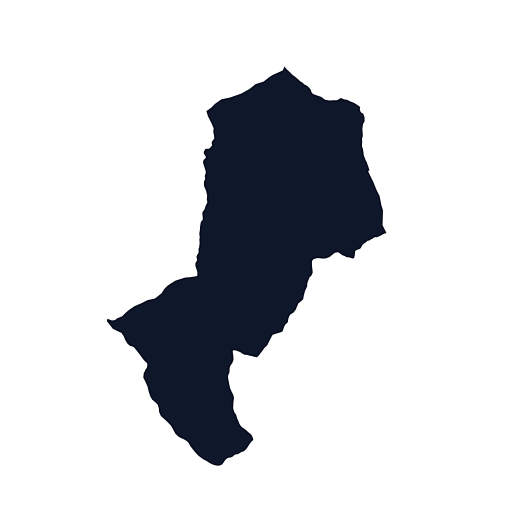 outline of Jaray, Lhuntshi, Bhutan, rotated 141°
{"feature_id": "84629894B50145764455889", "entity_name": "Jaray", "entity_type": "district", "adm_level": 2, "iso_a3": "BTN", "parent_name": "Bhutan", "parent_adm1": "Lhuntshi", "projection": "equal_earth", "projection_center": [91.09, 27.454], "detail": "fine", "context": "isolated", "style": "filled", "palette": "ink", "viewbox_px": 512, "rotation_deg": 141, "n_neighbors": 0, "source": "geoboundaries", "source_scale": "gbopen_adm2", "svg_char_len": 5630}
<svg xmlns="http://www.w3.org/2000/svg" viewBox="0 0 512 512"><g transform="rotate(141 256 256)"><path d="M416.6,117.2L415.4,116.6L414.5,116.3L413.6,116.2L412.7,116.3L411.6,116.6L410.8,116.8L409.6,117.2L408.7,117.5L407.7,117.7L406.7,117.7L406.1,117.7L405.1,117.6L404.5,117.4L403.6,117.0L401.8,115.9L400.6,115.6L399.9,115.6L399.0,115.6L398.3,115.7L397.0,115.6L396.2,115.2L395.1,114.4L394.4,114.2L393.5,113.9L392.1,113.8L390.4,113.6L389.3,113.1L388.5,112.7L387.8,112.7L386.9,112.7L384.6,113.0L381.7,113.9L379.8,114.6L377.7,115.1L375.3,115.5L374.3,115.4L373.6,117.1L373.3,117.9L373.0,119.0L373.0,120.4L373.0,121.1L373.2,122.0L373.5,123.1L373.6,124.2L373.9,125.7L374.1,126.7L374.3,128.0L374.6,129.0L375.1,130.4L375.3,131.4L375.5,132.7L375.5,133.8L375.4,135.2L375.2,136.1L375.0,137.0L374.6,137.9L374.4,138.6L374.2,139.3L373.9,140.7L373.7,141.6L373.4,142.3L373.0,143.2L372.7,143.9L372.4,144.6L372.1,145.4L372.0,146.6L372.1,147.3L371.7,148.7L371.3,149.9L370.9,151.2L369.8,153.0L366.0,157.2L363.6,159.4L362.4,161.1L361.6,163.4L361.0,166.1L360.6,167.8L360.0,169.9L358.4,173.1L355.6,178.3L354.2,180.5L352.3,182.0L350.9,182.5L349.2,184.1L348.1,185.4L347.0,186.6L345.7,187.3L344.6,187.8L342.3,188.4L340.8,189.1L339.1,190.3L337.0,193.3L334.8,196.9L334.0,197.7L332.9,197.7L331.9,197.3L330.1,195.2L327.9,191.2L327.4,189.2L326.2,186.6L324.7,185.5L322.9,182.7L321.5,181.3L320.5,179.7L318.7,177.5L316.8,177.6L313.2,178.5L310.8,179.0L307.7,180.0L305.6,180.1L303.3,180.4L300.9,181.6L298.2,182.8L294.8,184.3L292.7,185.1L291.6,184.7L288.9,183.7L286.8,182.8L284.6,181.9L283.0,181.5L280.6,183.0L278.8,184.1L276.6,185.0L274.8,185.1L273.1,185.3L271.9,186.6L270.4,187.8L268.3,189.0L266.3,189.7L264.6,189.5L262.7,189.2L259.2,190.0L256.1,191.7L253.1,193.3L251.0,193.3L249.2,193.3L247.4,193.3L246.1,194.0L244.5,195.6L240.0,198.8L235.9,200.8L233.8,203.1L231.2,204.8L227.8,206.5L225.3,206.7L222.9,208.0L221.2,210.5L219.6,213.2L217.1,216.4L215.8,217.7L214.6,217.9L212.9,218.1L211.6,217.5L209.9,216.7L208.4,215.8L205.5,212.8L203.0,210.9L200.3,210.0L199.3,209.7L197.2,209.7L194.0,209.7L192.7,209.7L190.8,208.8L189.8,208.1L188.9,207.3L188.3,204.8L187.7,202.5L186.3,200.5L185.9,198.8L184.8,197.7L183.7,196.6L182.8,195.1L181.9,193.8L181.3,193.5L180.7,193.9L179.6,194.7L178.7,195.6L177.1,197.2L176.2,198.1L174.0,198.2L170.6,196.9L169.6,197.1L167.5,197.9L166.0,198.5L163.9,198.4L161.2,198.3L159.3,198.3L157.8,197.4L157.0,197.4L155.5,197.2L154.5,196.9L153.1,196.9L151.1,196.4L150.1,195.3L148.0,194.6L144.7,193.9L142.9,193.6L140.7,192.8L139.0,200.6L129.4,211.8L126.9,217.7L122.9,225.1L121.6,231.3L119.0,239.9L116.1,252.3L114.4,252.0L113.1,255.2L112.2,258.0L111.7,259.2L111.3,261.5L110.2,264.7L109.6,266.7L108.9,267.8L107.7,269.7L106.2,272.3L105.2,275.2L102.6,277.9L100.4,280.9L98.0,282.6L96.0,285.3L94.1,288.2L92.2,290.0L90.1,291.9L87.4,292.9L85.0,295.9L83.9,299.1L84.7,300.7L84.7,302.4L84.1,304.2L83.2,305.6L82.2,306.5L82.5,308.2L83.6,311.4L84.2,313.2L85.9,316.0L86.6,317.6L87.8,320.0L89.7,321.9L90.7,324.1L91.3,324.8L93.1,324.9L95.5,325.5L98.0,327.5L101.4,329.9L102.9,331.5L104.4,333.3L105.1,334.9L105.5,337.2L106.4,339.2L107.7,341.1L108.9,343.1L110.3,345.4L110.6,347.0L110.6,348.4L110.0,349.9L109.5,351.2L109.6,352.9L109.7,354.9L110.3,356.9L111.4,358.9L111.4,360.9L112.5,363.9L112.7,366.0L113.2,368.6L113.6,370.8L114.5,374.2L114.7,377.2L115.4,381.5L115.4,384.1L118.2,382.6L120.9,383.2L128.2,385.2L132.7,385.9L140.6,386.0L148.3,389.1L155.7,389.1L165.3,390.7L177.0,394.9L184.5,398.8L192.6,399.3L197.1,398.7L202.9,399.0L204.7,394.5L206.1,387.9L207.9,381.3L210.1,379.4L211.1,377.7L211.9,376.1L213.1,374.1L213.7,373.3L214.6,372.7L215.8,372.4L217.3,372.1L218.0,371.9L218.6,371.4L219.1,370.4L219.6,369.3L220.0,368.8L220.8,368.8L221.9,368.5L223.2,368.3L223.9,368.1L224.9,368.2L225.8,368.5L226.8,369.3L227.9,370.2L229.2,369.7L230.6,369.2L231.3,368.2L231.5,366.7L231.6,365.5L232.1,363.6L232.9,363.2L235.5,362.9L236.9,362.4L237.5,361.8L238.4,360.2L238.8,358.6L239.4,357.4L240.0,355.9L240.3,354.9L240.9,353.5L241.9,351.9L242.7,351.2L243.6,350.7L244.3,350.4L245.1,349.6L245.6,348.5L246.6,347.2L247.6,346.6L248.8,346.2L249.9,345.1L250.9,343.7L251.6,343.0L252.0,341.5L252.5,339.6L253.3,337.3L254.8,334.2L255.8,332.6L257.3,331.3L258.4,329.7L259.2,328.1L260.1,327.4L263.0,326.1L264.0,325.5L264.8,325.0L266.2,324.1L267.0,323.6L268.6,323.5L270.0,322.8L271.2,321.1L272.9,318.4L274.1,317.1L275.0,316.8L276.3,316.7L277.1,316.4L279.6,314.3L283.1,310.6L284.4,309.5L285.6,308.4L286.7,306.4L287.5,305.3L289.1,303.9L290.3,302.2L291.5,300.5L292.7,299.6L293.6,298.5L294.5,297.7L295.5,297.3L296.8,295.6L297.7,294.4L298.6,293.8L300.7,293.2L302.1,292.4L303.1,290.5L304.0,289.1L305.6,288.4L306.4,288.3L307.5,287.6L308.8,285.8L309.7,283.2L310.4,281.4L311.0,280.1L311.6,279.4L312.4,278.3L313.1,277.6L313.6,277.1L314.1,276.4L320.4,280.0L324.9,283.1L334.2,286.8L339.6,287.5L343.6,287.8L347.5,287.4L352.7,285.7L361.5,285.8L368.5,289.3L375.1,290.7L382.1,292.7L387.9,293.2L391.8,293.2L398.1,292.6L403.3,294.2L406.2,294.2L409.1,296.0L411.2,299.6L412.1,298.9L412.2,293.9L412.3,289.7L410.2,285.1L408.2,281.1L408.5,277.1L409.7,272.9L410.3,269.1L409.9,266.2L407.5,262.4L407.5,258.4L407.6,251.5L407.9,246.3L407.7,243.3L407.2,241.2L408.5,239.1L410.7,237.2L413.1,236.5L416.7,234.8L419.4,232.1L420.4,227.4L421.7,222.6L424.0,217.9L425.8,213.1L426.3,209.7L425.5,205.5L425.2,202.2L426.6,198.6L428.8,195.4L429.8,191.6L428.6,183.7L428.1,178.4L428.5,174.8L429.7,168.7L429.2,164.6L428.1,161.9L426.7,159.3L425.9,157.1L425.3,154.9L425.3,152.8L425.9,149.7L426.0,145.1L426.0,141.8L425.7,137.3L424.3,131.8L422.5,127.6L421.6,124.5L419.9,121.0L418.2,118.7L416.6,117.2Z" fill="#0f172a" stroke="#020617" stroke-width="1.5"/></g></svg>